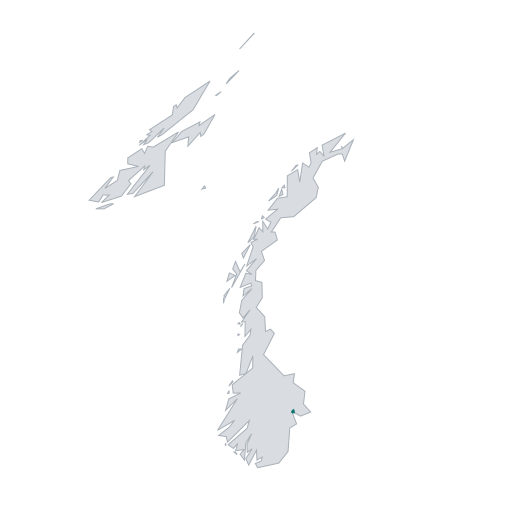 Frogn nor, Akershus, Norway shown in context, rotated 316°
{"feature_id": "86288312B20700127257552", "entity_name": "Frogn nor", "entity_type": "district", "adm_level": 2, "iso_a3": "NOR", "parent_name": "Norway", "parent_adm1": "Akershus", "projection": "natural_earth1", "projection_center": [10.666, 59.695], "detail": "fine", "context": "in_parent", "style": "filled", "palette": "teal", "viewbox_px": 512, "rotation_deg": 316, "n_neighbors": 0, "source": "geoboundaries", "source_scale": "gbopen_adm2", "svg_char_len": 4701}
<svg xmlns="http://www.w3.org/2000/svg" viewBox="0 0 512 512"><g transform="rotate(316 256 256)"><path d="M300.3,245.7L283.6,249.4L286.4,252.0L282.5,259.3L263.1,256.4L259.0,265.2L245.9,266.3L238.5,273.4L242.0,279.0L231.5,290.4L220.5,293.1L220.1,305.7L210.4,316.9L215.6,318.7L215.5,324.4L192.9,332.2L192.9,361.6L201.9,367.4L194.7,373.0L197.3,387.3L187.3,395.5L186.9,406.2L176.8,402.1L173.8,392.8L168.6,404.9L160.8,403.2L143.2,418.9L128.5,420.8L110.1,409.5L111.4,404.8L117.5,407.1L120.8,405.0L114.9,403.5L121.5,396.0L105.5,401.4L107.9,394.7L119.3,391.9L113.3,391.2L118.6,385.3L129.3,380.8L118.8,383.4L105.9,394.8L106.9,387.6L112.9,387.0L106.2,381.9L112.7,378.0L106.1,378.8L104.9,372.4L129.9,373.8L137.0,369.7L106.2,370.1L109.2,365.3L104.4,359.1L117.7,360.6L126.5,359.3L107.2,354.7L143.4,345.7L126.9,345.9L137.2,339.9L149.9,343.9L144.3,338.9L149.4,332.1L175.8,334.3L184.2,325.8L167.3,333.5L161.4,330.4L184.5,310.8L196.6,308.9L201.4,305.2L192.2,306.1L202.7,295.7L199.7,293.5L214.4,290.5L203.6,291.5L204.6,285.3L215.0,278.0L230.3,276.7L218.9,275.7L224.8,271.1L232.3,274.5L233.4,271.9L222.8,267.6L236.7,261.3L240.4,266.5L238.9,259.9L254.5,258.3L242.4,256.7L260.3,247.4L261.8,242.7L268.8,245.1L265.9,242.4L277.9,237.8L277.7,243.4L285.0,235.7L283.2,244.7L290.2,242.0L288.5,236.2L304.0,237.3L296.5,231.5L311.5,229.4L319.6,235.1L334.2,220.1L346.0,222.9L338.7,233.3L354.1,221.5L355.8,228.9L360.2,227.4L366.1,218.9L375.3,220.6L370.2,224.9L374.5,225.1L374.4,231.2L380.5,222.2L405.7,229.8L381.3,232.8L392.5,238.7L406.8,240.0L385.6,249.4L388.9,242.7L386.3,239.8L369.6,233.9L351.1,239.5L348.5,249.9L339.8,255.8L310.4,253.9L300.3,245.7ZM231.9,96.4L248.4,99.5L247.1,104.7L254.4,101.9L257.7,106.3L286.4,112.9L263.5,117.6L239.2,141.5L209.9,129.0L240.5,123.9L210.8,125.5L206.4,122.2L242.8,117.1L235.1,116.0L238.5,113.9L216.6,113.2L216.2,117.1L200.7,119.4L181.9,110.2L192.7,110.2L188.3,105.9L180.3,107.9L174.8,100.0L205.8,98.7L208.2,100.0L194.2,102.4L208.7,105.3L217.5,99.9L233.7,109.9L227.8,100.6L231.9,96.4ZM267.1,91.2L293.9,96.4L300.5,91.2L303.7,91.8L302.1,94.7L315.0,92.7L344.5,98.2L312.4,107.1L272.4,103.4L267.6,102.1L278.8,100.1L257.6,100.0L252.6,97.9L258.7,96.6L248.9,95.3L263.6,95.6L261.6,92.9L267.6,94.2L267.1,91.2ZM288.9,114.8L308.9,120.6L305.6,122.6L324.8,125.7L303.4,132.1L299.3,131.6L301.7,128.4L283.3,129.7L290.3,123.5L274.7,116.3L288.9,114.8ZM233.6,256.3L242.6,254.0L216.4,261.8L229.6,255.5L230.2,249.1L237.5,245.7L233.6,256.3ZM247.5,244.3L259.8,243.8L245.5,248.7L247.5,244.3ZM259.4,240.8L276.8,234.6L267.8,241.1L259.4,240.8ZM173.6,110.8L186.8,116.8L189.9,119.5L179.4,116.5L173.6,110.8ZM225.1,249.7L227.4,255.5L217.5,254.0L225.1,249.7ZM319.5,222.9L312.9,226.9L303.3,225.2L314.2,224.4L319.5,222.9ZM320.9,225.8L318.2,230.5L314.1,229.2L320.9,225.8ZM205.3,262.3L214.7,261.0L204.5,264.8L205.3,262.3ZM408.9,94.6L387.9,95.7L409.6,94.3L408.9,94.6ZM360.2,110.0L372.7,110.8L354.0,111.5L360.2,110.0ZM340.4,219.7L347.4,218.7L349.8,219.6L340.4,219.7ZM325.5,224.6L324.2,227.1L322.2,225.0L325.5,224.6ZM288.5,231.5L288.6,234.1L285.8,233.1L288.5,231.5ZM267.7,169.8L267.0,172.2L263.6,170.3L267.7,169.8ZM345.1,113.5L339.3,113.2L338.7,112.4L345.1,113.5ZM178.9,310.7L180.8,312.9L175.6,312.4L178.9,310.7ZM276.4,231.0L280.1,231.9L282.2,233.4L276.4,231.0ZM252.5,92.6L255.0,94.0L251.3,93.5L252.5,92.6ZM152.0,330.5L146.0,330.7L152.3,329.4L152.0,330.5ZM143.3,334.1L141.1,336.0L140.1,335.0L143.3,334.1ZM203.0,265.4L199.8,267.4L203.2,264.0L203.0,265.4ZM105.1,382.8L104.4,385.8L104.0,381.8L105.1,382.8ZM197.3,293.9L195.9,292.2L197.8,292.3L197.3,293.9ZM393.8,236.3L393.3,238.3L393.0,238.0L393.8,236.3ZM199.0,295.6L195.6,296.0L199.7,295.2L199.0,295.6ZM189.0,299.5L189.4,301.2L187.7,300.7L189.0,299.5ZM103.9,369.9L102.4,371.7L102.8,370.2L103.9,369.9Z" fill="#d9dde1" stroke="#a8b0b8" stroke-width="1"/><path d="M174.9,394.6L174.8,394.4L174.9,394.2L174.9,394.3L175.0,394.3L175.3,394.2L175.2,394.2L175.3,394.2L175.5,394.1L175.6,393.9L175.7,393.7L175.4,393.4L175.3,393.5L175.2,393.5L175.3,393.5L175.3,393.4L175.4,393.2L175.3,392.9L175.2,392.9L175.3,392.8L175.2,392.8L175.3,392.7L175.2,392.7L175.3,392.7L175.2,392.6L174.9,392.7L174.7,392.7L174.5,392.8L174.4,392.8L174.3,393.0L174.2,393.2L174.3,393.2L174.3,393.3L174.2,393.4L173.9,393.4L173.7,393.3L173.7,393.5L173.8,393.6L173.9,393.8L173.9,394.0L174.0,394.0L174.1,393.9L174.3,393.7L174.3,393.8L174.2,393.8L174.2,394.0L174.1,394.3L174.2,394.5L174.3,394.6L174.3,394.8L174.4,395.0L174.5,395.0L174.8,395.0L174.8,394.9L174.9,394.7L174.9,394.6ZM173.4,393.5L173.2,393.5L173.3,393.5L173.3,393.8L173.4,394.0L173.5,394.1L173.9,394.2L173.8,393.9L173.7,393.9L173.4,393.7L173.4,393.8L173.4,393.7L173.4,393.8L173.4,393.7L173.5,393.5L173.4,393.5Z" fill="#14b8a6" stroke="#0f766e" stroke-width="1.5"/></g></svg>